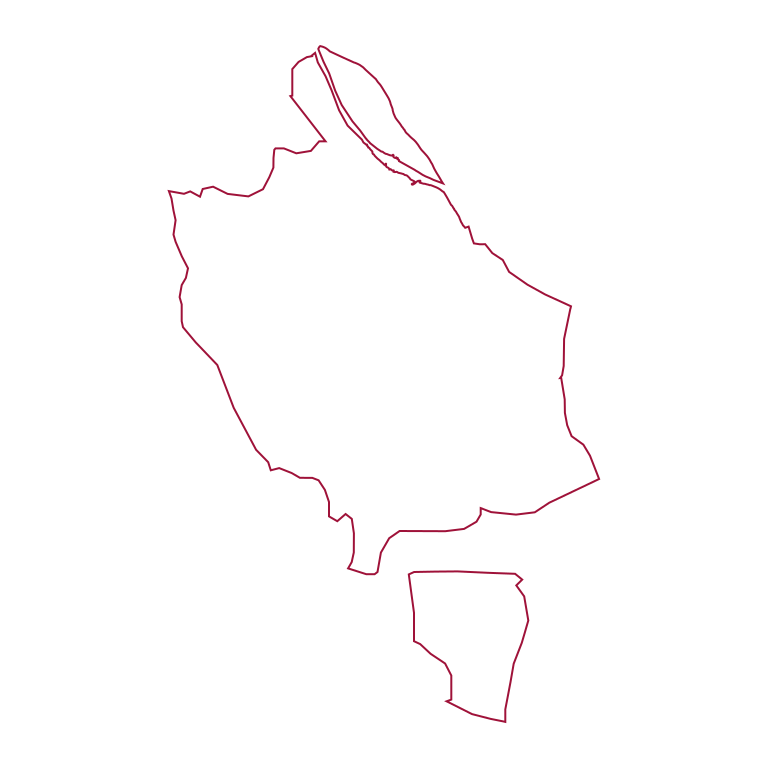 the district of Auseem, Al Jizah, Egypt
{"feature_id": "37247803B16391777329697", "entity_name": "Auseem", "entity_type": "district", "adm_level": 2, "iso_a3": "EGY", "parent_name": "Egypt", "parent_adm1": "Al Jizah", "projection": "equal_earth", "projection_center": [31.148, 30.12], "detail": "fine", "context": "isolated", "style": "outline", "palette": "rose", "viewbox_px": 768, "rotation_deg": 0, "n_neighbors": 0, "source": "geoboundaries", "source_scale": "gbopen_adm2", "svg_char_len": 5885}
<svg xmlns="http://www.w3.org/2000/svg" viewBox="0 0 768 768"><path d="M571.0,306.3L545.0,294.4L527.5,284.7L509.1,271.9L502.8,260.0L492.3,253.1L485.2,244.2L480.0,244.3L473.9,243.4L472.1,238.4L468.6,226.6L465.2,227.8L464.4,226.8L463.7,226.1L463.4,225.7L463.0,225.4L462.0,223.4L461.6,222.8L461.2,222.2L459.7,218.6L459.2,217.1L458.6,216.0L457.0,213.5L456.0,211.7L454.2,209.5L454.1,209.3L454.1,208.8L454.0,208.7L453.7,208.3L453.2,207.8L452.8,206.9L452.1,205.8L451.0,204.8L447.1,197.6L444.8,193.7L443.9,192.3L443.5,191.8L442.8,191.6L441.2,190.3L439.9,189.3L438.9,188.7L437.7,188.0L436.2,187.3L431.7,185.5L430.8,185.2L430.2,185.1L429.8,185.1L429.4,185.1L428.4,184.7L426.6,184.3L424.9,183.8L423.5,183.7L422.8,183.5L420.4,182.8L419.8,182.6L419.6,182.5L419.5,182.3L419.5,182.1L419.6,181.8L419.8,181.6L420.1,181.5L420.4,181.3L420.4,181.1L420.3,180.9L420.2,180.8L420.1,180.7L418.7,180.8L418.1,180.9L417.6,181.1L417.1,181.4L416.4,181.9L415.4,182.9L415.1,183.2L413.6,184.2L412.8,184.6L412.7,184.5L412.7,184.4L412.6,184.2L412.4,184.0L412.1,184.4L411.9,184.4L411.8,184.1L412.0,183.8L412.6,183.7L413.0,183.4L413.7,183.0L414.2,182.6L414.5,182.3L414.7,182.1L414.7,181.8L414.6,181.6L414.3,181.3L410.7,179.5L410.3,179.1L409.7,178.2L408.8,177.3L407.6,176.1L407.3,175.8L406.6,175.4L406.0,175.2L405.2,175.1L404.6,174.9L404.3,174.7L403.7,174.2L403.4,174.0L402.8,173.9L401.1,173.4L398.3,172.8L397.9,172.5L397.3,172.1L396.9,171.9L396.6,171.8L395.8,172.0L394.8,172.1L394.6,172.0L394.4,171.8L393.7,171.8L393.8,170.8L393.6,170.4L392.9,170.4L392.4,170.6L391.2,169.7L390.6,169.1L390.4,169.1L389.8,169.5L389.3,169.5L389.0,168.5L388.5,168.0L387.9,167.6L386.9,167.2L386.2,166.5L386.2,166.0L386.0,165.5L386.0,165.3L386.0,165.2L385.8,165.0L385.7,164.9L385.9,164.6L386.1,164.0L386.0,163.8L385.9,163.8L385.7,163.8L385.0,165.0L384.9,165.1L384.4,164.7L384.1,164.6L383.8,164.4L383.3,163.7L382.7,163.1L381.3,162.0L379.4,160.1L377.5,158.6L376.3,157.4L375.6,156.7L375.2,156.3L374.6,155.6L374.0,154.6L373.8,154.4L373.3,154.2L373.1,154.1L372.8,153.7L372.6,153.3L372.4,153.0L372.4,152.7L372.5,152.1L372.4,151.9L372.2,151.4L371.9,151.0L370.8,149.9L370.1,149.2L369.8,148.7L369.3,147.9L369.2,147.8L368.9,147.7L368.6,147.7L368.3,147.6L368.1,147.3L368.1,146.9L368.0,146.5L367.6,146.2L367.2,145.9L367.0,145.6L367.0,145.3L367.1,145.0L367.1,144.8L367.0,144.6L366.8,144.5L366.4,144.6L366.1,144.6L365.2,143.8L364.0,142.9L363.4,142.4L361.9,139.6L347.6,125.6L339.1,110.3L331.6,90.3L325.6,76.3L317.8,62.4L315.1,52.9L311.5,55.8L311.8,56.2L306.9,57.1L298.6,61.9L292.3,69.1L292.3,95.6L290.4,96.1L325.5,141.3L319.2,141.3L310.9,150.9L296.3,153.3L283.9,148.4L275.5,148.4L274.3,149.8L273.5,158.0L273.4,167.6L269.3,177.2L263.0,189.2L248.4,196.4L227.6,193.9L213.1,186.7L202.7,189.0L200.0,196.7L190.2,191.4L184.0,193.8L168.9,191.1L171.5,198.5L173.5,210.6L175.6,220.2L173.5,234.6L175.6,241.8L181.8,256.3L188.0,268.3L185.9,277.9L181.7,285.1L179.6,297.1L181.7,304.4L181.7,321.2L183.0,327.2L195.8,342.5L198.7,345.5L217.3,365.0L233.7,407.8L256.1,449.8L268.2,462.2L270.8,470.3L279.2,468.1L291.6,473.0L299.9,477.8L312.4,477.9L318.6,480.3L324.9,489.9L329.0,502.0L329.0,516.4L337.3,521.2L345.6,514.0L351.8,518.9L353.9,533.3L353.8,552.5L351.7,562.1L348.1,568.4L366.3,574.2L374.6,574.2L377.5,572.0L380.9,552.6L389.2,538.2L399.6,531.0L445.3,531.2L464.1,528.9L476.5,521.7L480.7,514.5L480.7,508.1L491.1,512.1L516.0,514.6L534.8,512.3L549.3,502.7L599.1,479.0L590.0,455.7L583.4,444.7L571.6,436.2L567.2,425.2L564.9,412.9L564.7,399.3L561.2,377.9L560.2,378.0L562.1,375.3L563.7,366.0L564.1,338.9L570.3,309.0L570.5,308.4L571.0,306.3ZM505.3,721.9L505.3,709.4L508.0,695.3L510.5,682.1L513.7,663.7L521.8,642.8L524.7,633.0L528.3,620.5L524.2,596.4L516.3,585.4L522.2,579.6L515.1,573.8L487.9,572.8L457.6,571.4L435.3,571.6L414.1,572.0L408.8,574.4L414.0,612.8L414.0,641.2L420.2,644.1L430.6,653.8L445.1,663.5L451.3,675.5L451.3,699.6L446.6,701.3L472.0,714.1L490.7,718.9L503.2,721.4L505.3,721.9ZM320.2,46.1L319.6,46.6L319.3,47.0L319.0,47.4L318.6,48.2L318.3,48.9L318.6,49.8L323.5,61.7L329.2,73.5L335.2,90.7L341.6,104.8L341.7,105.0L352.5,121.4L360.2,130.6L365.8,138.4L366.0,138.5L366.3,138.7L366.5,139.3L369.8,142.7L369.9,143.0L377.2,148.8L380.7,151.1L381.2,151.5L381.5,151.6L382.0,151.6L382.4,151.7L382.8,151.9L383.8,152.7L385.1,153.5L385.7,153.8L386.8,154.0L388.5,154.7L389.8,155.2L390.7,155.4L392.1,155.6L392.4,155.5L392.5,155.3L392.7,155.0L392.8,154.9L393.0,154.8L393.5,155.2L393.6,155.4L393.6,155.5L393.5,155.8L393.3,156.3L393.3,156.5L393.4,156.8L394.3,157.6L394.6,157.8L395.1,157.8L395.3,157.8L395.6,157.6L396.0,157.5L396.0,157.9L396.0,158.1L396.4,158.2L396.5,157.9L396.9,157.8L397.5,157.9L397.7,158.0L397.8,158.2L397.9,158.5L397.6,159.1L397.6,159.3L397.8,159.4L398.7,159.8L399.0,160.0L399.1,160.3L399.0,160.9L399.0,161.1L414.6,169.8L415.9,170.7L418.2,172.0L422.7,174.9L424.3,175.7L425.4,176.3L426.6,176.8L429.8,178.1L433.5,179.9L443.0,183.4L441.7,181.4L440.0,178.4L438.3,175.6L436.9,173.4L435.8,171.5L434.2,168.6L433.6,167.3L432.4,164.6L432.1,164.0L431.8,163.5L431.3,162.8L429.5,159.5L428.2,157.6L427.1,156.1L425.6,154.4L423.9,152.5L422.2,150.7L421.4,149.8L420.3,148.3L417.9,144.6L416.8,143.2L415.8,141.9L414.1,140.1L413.4,139.5L411.4,137.8L409.8,136.3L408.3,134.7L406.5,133.1L406.0,132.5L405.4,131.7L405.0,130.9L404.4,129.7L404.1,129.6L403.8,129.2L403.2,128.3L402.6,127.4L401.8,126.6L401.0,125.2L399.6,123.2L396.7,119.5L395.8,118.2L395.5,117.8L395.0,116.7L393.6,113.5L392.9,111.0L392.7,110.3L392.6,109.2L392.4,108.5L392.0,107.4L391.0,104.9L390.7,104.1L390.3,102.5L389.9,101.2L389.4,100.1L388.7,98.5L388.0,97.3L387.0,95.6L381.6,86.8L380.6,85.3L380.0,84.5L378.5,82.8L377.9,82.1L376.5,80.1L375.9,79.1L375.7,79.0L365.8,70.0L364.6,68.8L363.1,67.3L361.4,66.1L359.7,64.9L357.9,64.0L357.0,63.6L355.1,62.8L354.0,62.5L343.0,57.5L337.4,54.9L329.7,51.3L328.6,50.2L327.4,49.3L326.5,48.6L325.0,47.7L324.1,47.3L322.6,46.7L321.8,46.5L320.2,46.1Z" fill="none" stroke="#9f1239" stroke-width="2"/></svg>